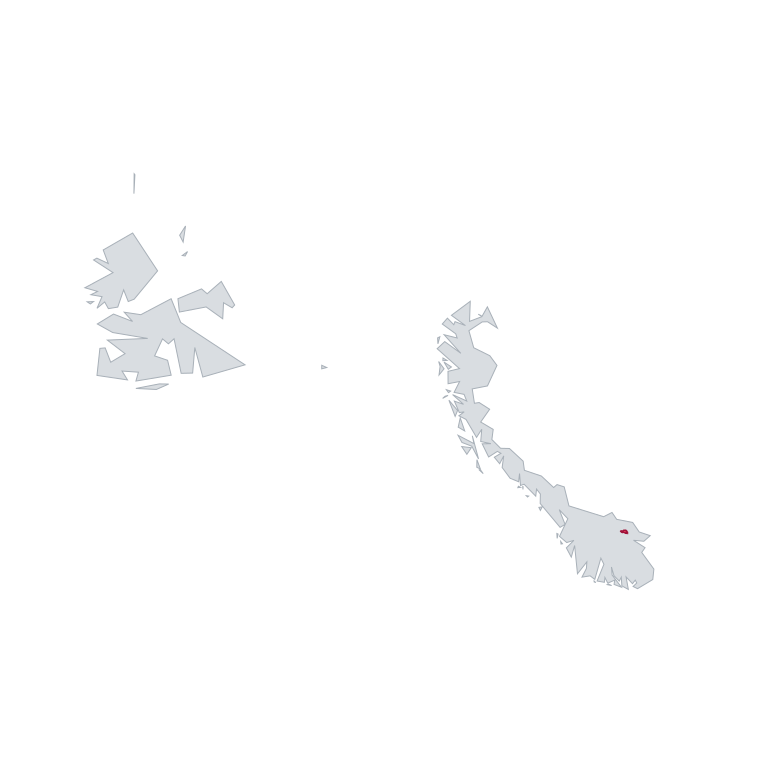 Eidsvoll nor, Akershus, Norway (highlighted), rotated 287°
{"feature_id": "86288312B15837471533028", "entity_name": "Eidsvoll nor", "entity_type": "district", "adm_level": 2, "iso_a3": "NOR", "parent_name": "Norway", "parent_adm1": "Akershus", "projection": "mercator", "projection_center": [11.199, 60.416], "detail": "fine", "context": "in_parent", "style": "filled", "palette": "rose", "viewbox_px": 768, "rotation_deg": 287, "n_neighbors": 0, "source": "geoboundaries", "source_scale": "gbopen_adm2", "svg_char_len": 4859}
<svg xmlns="http://www.w3.org/2000/svg" viewBox="0 0 768 768"><g transform="rotate(287 384 384)"><path d="M405.1,469.8L392.0,476.1L394.1,480.4L390.7,492.4L375.9,487.6L372.5,501.7L362.4,503.4L356.6,514.3L359.0,522.8L350.9,539.6L342.5,543.5L342.0,561.4L334.6,576.5L338.4,578.9L338.3,586.4L321.5,596.5L321.3,632.8L327.8,639.6L322.6,646.1L324.3,662.3L317.1,671.3L316.8,682.9L309.6,678.5L307.5,668.3L303.8,681.5L298.3,679.7L285.9,696.2L275.6,698.2L262.4,686.3L263.2,681.4L267.6,683.9L269.9,681.6L265.7,680.0L270.3,671.9L259.0,677.7L260.5,670.5L268.6,667.4L264.3,666.6L267.9,660.0L275.5,655.0L268.0,658.0L259.1,670.5L259.6,662.6L263.9,662.0L259.0,656.2L263.6,651.8L258.8,652.7L257.9,645.4L275.9,647.0L280.9,642.3L258.8,642.7L260.8,637.2L257.2,629.8L266.8,631.5L273.2,630.0L259.1,624.5L285.3,613.5L273.2,613.7L280.6,606.3L290.0,611.3L285.8,605.1L289.6,596.4L308.9,599.2L315.1,588.3L302.7,598.2L298.4,594.3L315.4,568.3L324.5,565.7L328.1,560.6L321.1,561.9L329.1,547.3L326.9,544.2L338.0,539.8L329.9,541.3L330.7,532.2L338.7,521.4L350.3,519.5L341.6,517.9L346.2,510.9L351.9,516.1L352.7,512.1L344.8,505.4L355.5,495.4L358.2,503.7L357.3,493.3L369.3,490.7L360.0,488.1L374.1,472.8L375.5,464.9L380.8,468.8L378.7,464.4L388.2,456.3L387.8,466.0L393.9,452.7L391.9,468.1L397.5,463.6L396.5,453.5L408.5,455.6L403.0,445.2L414.8,441.5L420.8,451.7L433.3,424.5L442.3,429.7L435.8,448.5L448.7,427.1L449.4,440.5L453.0,437.9L458.4,422.2L465.5,425.4L461.1,433.4L464.4,433.7L463.7,444.8L469.4,428.4L488.3,442.3L468.9,447.5L477.0,457.9L488.0,460.3L470.6,476.1L473.8,464.8L472.1,459.8L459.8,449.6L444.9,459.2L442.0,476.9L434.8,486.6L412.4,483.5L405.1,469.8ZM357.6,92.3L371.8,104.9L370.3,125.3L376.7,114.6L379.2,131.2L403.3,155.5L383.4,171.6L361.7,245.5L337.7,208.7L363.6,192.4L338.5,197.8L334.9,186.9L365.9,170.0L359.4,166.1L362.4,159.0L343.8,156.4L343.4,170.1L330.2,177.9L314.3,145.9L323.5,145.7L319.8,129.7L312.9,137.5L308.3,107.0L335.0,101.9L337.0,106.8L324.9,116.3L337.3,127.5L345.1,106.6L358.5,144.7L353.9,109.5L357.6,92.3ZM388.6,69.8L411.3,92.3L417.7,70.0L420.4,72.6L418.6,85.1L430.1,76.3L454.9,99.5L426.0,134.4L392.1,120.3L388.1,115.3L397.9,107.5L379.7,106.9L375.5,98.4L380.8,92.9L372.5,87.4L385.1,88.8L383.7,77.6L388.8,83.0L388.6,69.8ZM405.3,162.0L421.6,181.7L418.6,188.5L434.5,198.4L415.9,218.1L412.5,216.5L414.8,206.8L399.2,210.7L405.7,191.4L393.0,167.3L405.3,162.0ZM353.3,487.4L360.3,483.6L340.0,496.3L350.2,486.1L350.9,475.6L356.6,469.8L353.3,487.4ZM364.4,467.6L373.9,466.8L362.7,474.9L364.4,467.6ZM373.8,461.5L387.5,450.8L380.2,462.1L373.8,461.5ZM307.2,148.0L318.4,169.1L321.0,178.1L312.2,167.9L307.2,148.0ZM346.9,476.6L348.6,486.1L341.0,483.8L346.9,476.6ZM421.5,429.7L416.1,437.0L408.7,434.0L417.3,432.5L421.5,429.7ZM422.5,435.0L420.0,443.5L416.9,441.2L422.5,435.0ZM331.5,497.1L338.8,495.0L330.9,501.0L331.5,497.1ZM511.3,84.6L492.9,89.2L512.0,83.6L511.3,84.6ZM466.5,145.1L477.1,148.0L461.0,150.4L466.5,145.1ZM438.2,423.8L443.8,421.8L445.5,423.6L438.2,423.8ZM426.1,432.8L425.0,437.4L423.5,433.5L426.1,432.8ZM396.8,445.3L396.7,449.8L394.6,448.2L396.8,445.3ZM383.7,319.0L383.0,324.4L380.3,320.0L383.7,319.0ZM453.2,157.4L448.3,156.4L447.9,153.5L453.2,157.4ZM311.3,568.2L312.7,571.2L308.8,570.5L311.3,568.2ZM387.4,444.3L390.2,446.0L391.8,448.6L387.4,444.3ZM375.8,76.1L377.9,82.1L374.7,79.8L375.8,76.1ZM291.4,594.4L287.0,594.7L291.6,593.0L291.4,594.4ZM285.1,599.0L283.4,601.4L282.7,600.1L285.1,599.0ZM329.7,501.9L327.3,505.1L329.9,499.7L329.7,501.9ZM258.3,657.2L257.8,660.6L257.4,656.2L258.3,657.2ZM325.1,544.8L324.0,542.3L325.5,542.4L325.1,544.8ZM478.3,453.7L477.7,457.3L477.5,456.7L478.3,453.7ZM326.3,547.1L323.8,547.7L326.9,546.5L326.3,547.1ZM318.8,552.7L319.1,555.1L317.9,554.3L318.8,552.7ZM257.1,642.5L256.0,644.6L256.2,642.8L257.1,642.5Z" fill="#d9dde1" stroke="#a8b0b8" stroke-width="1"/><path d="M311.9,658.3L311.9,658.7L312.0,659.1L312.0,659.3L312.1,659.5L312.2,659.8L312.3,659.7L312.3,659.8L312.4,659.7L312.5,659.7L312.6,659.9L312.8,659.8L312.9,659.7L312.9,659.8L313.0,659.9L313.0,660.0L313.0,659.9L313.0,660.0L313.3,660.0L313.3,659.9L313.3,660.0L313.4,659.9L313.3,659.7L313.5,659.6L313.8,659.6L314.0,659.5L314.0,659.4L313.9,659.4L314.0,659.3L314.0,659.2L314.3,659.1L314.4,658.9L314.5,658.8L314.5,658.7L314.6,658.4L314.7,658.2L314.7,657.9L314.8,657.9L314.8,657.7L314.7,657.5L314.6,657.4L314.6,657.2L314.5,656.9L314.4,656.7L314.2,656.1L314.1,655.9L313.9,655.9L313.7,655.8L313.5,655.5L313.4,655.4L313.2,655.2L312.9,655.1L313.0,654.8L313.0,654.4L313.0,654.1L312.7,653.7L312.5,653.3L312.4,653.3L312.2,653.5L312.1,653.8L312.0,654.0L312.0,654.3L311.9,654.5L312.0,654.7L312.0,654.8L311.9,654.9L311.7,654.9L311.7,655.0L311.8,655.0L311.8,655.3L311.8,655.5L311.9,655.8L312.0,655.9L312.0,656.0L312.2,656.3L312.3,656.7L312.3,656.9L312.3,657.0L312.2,657.3L312.1,657.5L312.0,657.8L311.9,657.8L312.0,657.8L312.0,658.0L311.9,658.3Z" fill="#f43f5e" stroke="#9f1239" stroke-width="1.5"/></g></svg>